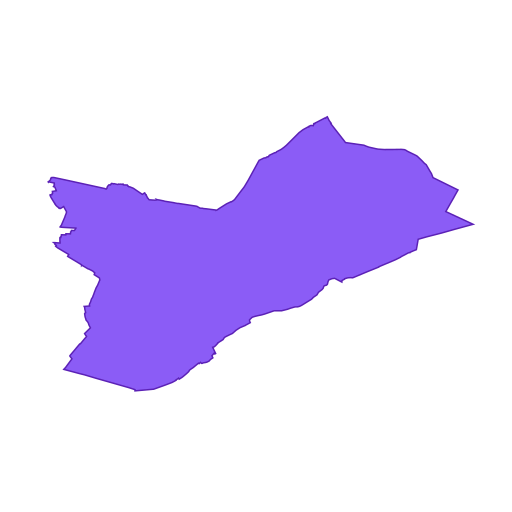 outline of Opsterland, Friesland, Netherlands, rotated 5°
{"feature_id": "6326949B72707200000476", "entity_name": "Opsterland", "entity_type": "district", "adm_level": 2, "iso_a3": "NLD", "parent_name": "Netherlands", "parent_adm1": "Friesland", "projection": "albers", "projection_center": [6.082, 53.047], "detail": "fine", "context": "isolated", "style": "filled", "palette": "violet", "viewbox_px": 512, "rotation_deg": 5, "n_neighbors": 0, "source": "geoboundaries", "source_scale": "gbopen_adm2", "svg_char_len": 5728}
<svg xmlns="http://www.w3.org/2000/svg" viewBox="0 0 512 512"><g transform="rotate(5 256 256)"><path d="M333.6,272.0L336.3,271.4L343.8,274.5L343.8,272.9L346.2,271.4L346.1,271.1L346.2,270.9L349.5,269.7L352.1,269.3L354.1,269.3L354.6,269.1L368.7,261.7L379.3,256.3L379.3,256.0L395.2,247.6L399.6,244.9L400.0,244.7L400.8,243.9L404.0,241.9L407.5,239.6L408.3,239.3L408.9,239.3L408.9,239.1L409.7,238.6L412.2,237.2L415.2,235.7L416.1,225.2L424.2,222.1L439.0,216.9L451.3,212.2L469.5,205.5L441.2,195.2L445.9,184.9L447.7,181.1L449.0,178.1L451.5,172.6L425.5,162.5L423.6,158.6L421.6,155.9L417.6,150.2L415.7,149.0L412.9,146.5L407.9,142.5L406.9,142.0L404.9,141.2L397.8,138.5L396.1,137.6L395.0,137.2L394.4,137.1L391.5,137.1L381.8,138.1L376.0,138.6L375.9,138.7L372.8,138.8L368.3,138.9L366.4,138.7L358.9,137.7L356.3,137.0L353.8,136.2L335.3,135.2L318.9,117.6L319.3,117.2L317.1,114.7L316.5,113.7L314.9,111.1L313.7,111.9L313.4,112.7L312.6,112.5L304.3,117.8L304.0,117.9L302.7,118.8L303.1,118.9L303.0,119.1L302.1,119.1L301.7,121.2L300.0,121.1L299.9,121.2L299.3,121.2L298.8,121.4L297.8,122.0L297.7,122.1L297.6,122.3L297.4,122.3L297.3,122.9L296.7,122.8L292.8,125.4L291.9,126.0L290.3,127.4L289.2,128.5L288.7,128.8L288.2,129.3L276.6,143.1L274.4,145.3L271.9,147.5L270.4,148.5L267.8,150.1L267.3,150.5L267.1,150.9L266.6,151.3L265.6,151.5L260.5,154.5L260.2,154.9L259.9,155.7L259.5,156.1L259.3,156.2L259.2,156.1L258.4,156.3L258.2,156.5L257.9,156.6L257.6,156.8L257.4,157.2L257.1,157.4L256.1,157.5L255.2,157.8L250.8,160.4L250.7,160.8L250.4,161.2L241.6,181.3L238.4,187.9L237.5,189.4L235.8,192.0L229.7,201.7L228.3,203.0L226.8,204.2L226.4,204.1L222.1,206.6L214.9,212.1L213.4,213.4L212.4,213.9L212.4,213.7L212.2,213.7L207.0,213.5L202.1,213.3L200.5,213.3L199.4,213.3L199.1,213.2L198.8,213.1L196.1,213.2L195.0,212.7L192.7,211.6L191.9,211.6L191.5,211.5L174.4,210.4L173.7,210.4L173.4,210.5L171.3,210.3L169.0,210.0L161.7,209.5L160.3,209.4L159.8,209.3L159.6,209.2L154.4,208.6L153.2,208.6L152.4,208.4L152.5,208.5L152.1,208.8L150.4,209.2L144.7,209.3L144.3,209.0L143.2,207.7L142.8,207.6L142.5,206.8L142.1,206.3L141.9,205.8L141.3,205.1L141.3,204.6L141.2,204.5L140.8,204.5L139.6,202.8L139.4,202.9L137.4,204.5L132.5,201.8L127.9,199.2L124.3,198.1L123.0,198.0L122.7,197.7L122.6,197.4L122.0,197.3L121.6,196.5L118.0,196.7L117.7,196.5L117.5,196.0L117.1,195.9L116.5,196.4L116.1,196.3L115.1,196.1L114.6,196.3L114.0,196.4L112.9,196.3L112.7,196.4L112.4,196.7L111.9,196.8L108.2,196.3L107.8,196.6L106.0,196.2L105.8,196.3L105.4,196.6L105.1,197.6L104.8,197.9L104.7,197.9L103.4,197.9L103.1,198.1L102.3,199.2L101.7,200.4L101.6,200.7L101.7,201.1L101.5,201.8L101.3,202.0L100.8,202.4L99.3,201.9L98.9,201.9L59.2,196.8L47.7,195.4L45.9,195.6L45.4,195.7L45.4,196.1L45.0,196.2L44.9,196.3L44.7,196.9L44.7,197.6L44.6,198.1L43.6,199.2L43.2,199.7L42.5,200.3L42.7,200.5L42.8,200.2L43.0,200.2L48.7,200.9L48.7,203.1L48.9,203.1L48.8,203.5L48.2,204.5L49.7,205.0L51.4,208.4L47.5,209.4L47.8,210.3L47.8,210.8L47.9,211.2L47.5,211.4L47.4,212.7L47.0,212.9L45.6,212.9L45.5,213.3L46.0,214.4L46.8,215.7L50.8,221.1L50.9,221.3L51.0,221.2L52.2,222.9L53.9,224.3L54.9,224.8L55.2,225.1L55.6,225.6L56.3,225.4L56.5,225.5L56.7,225.8L57.4,225.5L60.1,223.5L60.4,224.0L63.3,228.3L63.3,229.2L63.4,229.3L63.4,229.5L62.5,232.4L62.1,234.1L59.8,241.1L59.6,241.9L58.3,244.1L59.0,244.3L60.7,244.3L74.2,243.9L74.2,244.1L73.0,246.2L72.7,246.5L69.9,246.6L69.8,247.3L69.6,247.9L69.2,248.2L69.2,248.3L69.3,249.1L69.2,249.7L69.2,250.1L64.9,250.4L64.7,250.4L64.7,250.5L64.7,251.5L60.3,251.8L60.2,253.4L59.9,253.7L59.9,254.6L59.1,254.7L59.1,254.9L59.1,255.7L59.2,256.8L59.3,257.1L59.3,258.2L59.4,258.6L59.6,258.9L59.7,260.1L57.4,260.2L54.3,260.2L53.4,260.3L54.5,261.0L54.7,261.3L54.7,261.9L54.7,262.0L56.2,262.8L56.1,263.1L55.6,263.8L57.7,265.2L69.3,270.8L68.4,272.8L82.9,279.9L83.0,280.6L83.2,280.3L89.9,283.5L90.7,283.6L94.6,285.2L96.8,286.8L96.7,287.5L96.4,288.7L101.9,291.5L102.2,292.4L102.5,293.3L102.5,293.8L102.3,294.1L100.8,298.8L99.5,301.7L98.2,306.1L97.8,307.8L97.4,309.2L97.1,310.1L96.8,311.5L96.5,311.9L95.8,313.3L95.2,316.1L94.3,318.5L94.3,319.4L94.4,319.7L94.5,319.9L94.6,320.3L89.2,321.2L89.5,321.7L89.8,322.2L90.1,323.9L91.2,327.2L91.2,327.4L90.7,327.7L90.4,328.2L90.3,328.5L90.6,329.5L90.9,331.0L91.0,331.1L91.3,332.2L92.0,333.6L92.1,334.2L92.2,334.5L94.2,336.5L94.9,337.6L95.4,338.9L96.0,340.0L97.3,342.0L92.0,348.2L93.1,349.7L94.1,350.7L94.2,351.0L93.2,352.4L92.5,353.3L88.7,358.8L88.0,359.0L87.9,359.2L79.3,371.5L79.3,371.9L79.5,372.2L81.6,374.5L75.8,384.0L75.2,384.6L74.4,385.7L90.3,388.5L95.4,389.3L107.5,391.8L140.7,398.2L147.1,399.7L147.2,400.9L165.7,397.6L177.0,392.4L183.4,389.3L186.3,387.4L187.1,386.8L186.9,386.6L188.9,385.0L189.5,384.4L190.2,385.4L192.7,383.5L193.9,382.4L196.9,379.4L198.7,377.4L199.1,376.9L199.5,376.0L199.7,375.5L201.2,374.2L203.3,372.5L204.2,371.6L206.3,369.5L208.0,367.8L208.7,368.2L210.0,366.8L211.1,367.7L211.6,367.7L212.9,367.0L215.0,366.5L216.4,366.0L218.5,364.7L219.6,363.1L219.6,362.8L219.7,363.0L221.9,361.2L220.8,359.2L222.7,356.5L222.9,356.3L223.5,357.2L224.3,356.7L220.8,350.7L222.2,350.2L223.5,348.9L225.2,346.7L225.5,346.4L225.4,346.0L230.4,342.2L230.6,341.9L231.1,340.9L231.4,340.3L232.4,339.3L236.5,336.8L239.3,335.2L242.6,331.7L246.3,328.8L251.6,326.0L251.9,325.7L252.4,325.3L253.1,324.9L256.1,322.9L255.3,321.4L255.1,320.2L255.9,319.2L257.5,317.4L258.6,316.9L260.3,316.2L263.3,315.2L266.7,314.2L269.8,313.0L275.9,310.3L278.8,309.0L286.4,308.3L292.1,306.3L294.9,305.0L299.3,303.3L302.0,303.0L303.9,302.3L305.7,301.2L309.2,298.6L315.1,294.2L315.6,293.6L316.1,293.1L316.1,292.9L316.7,292.2L320.1,289.4L321.4,286.7L324.7,283.7L325.7,282.3L326.1,280.6L326.6,279.7L328.8,278.9L329.6,277.9L330.0,275.2L330.6,273.5L333.6,272.0Z" fill="#8b5cf6" stroke="#5b21b6" stroke-width="1.5"/></g></svg>